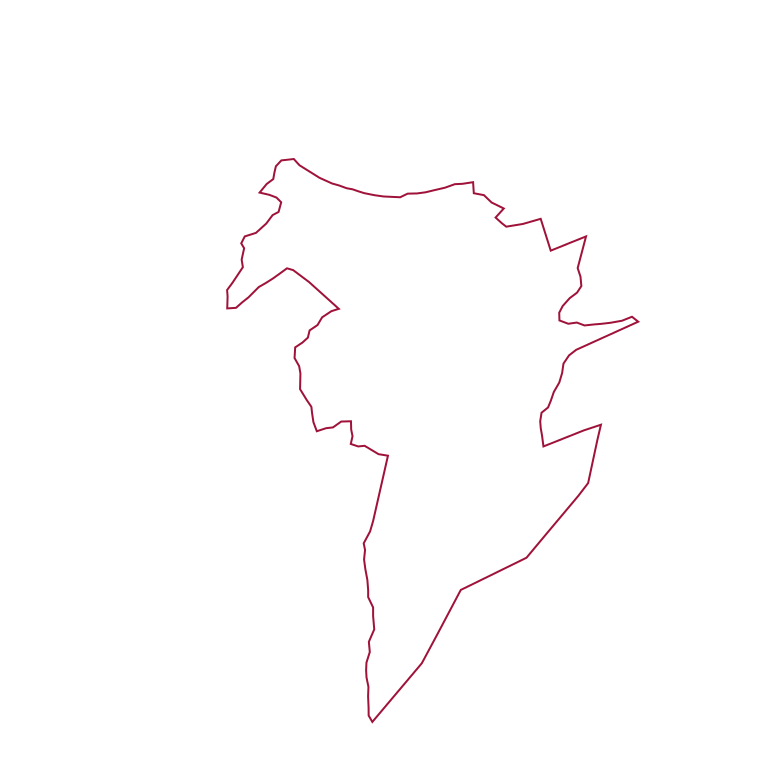 the district of Ribeirão, Pernambuco, Brazil, rotated 45°
{"feature_id": "56859067B42431368650205", "entity_name": "Ribeirão", "entity_type": "district", "adm_level": 2, "iso_a3": "BRA", "parent_name": "Brazil", "parent_adm1": "Pernambuco", "projection": "natural_earth1", "projection_center": [-35.39, -8.52], "detail": "fine", "context": "isolated", "style": "outline", "palette": "rose", "viewbox_px": 768, "rotation_deg": 45, "n_neighbors": 0, "source": "geoboundaries", "source_scale": "gbopen_adm2", "svg_char_len": 2073}
<svg xmlns="http://www.w3.org/2000/svg" viewBox="0 0 768 768"><g transform="rotate(45 384 384)"><path d="M219.7,441.4L225.5,434.8L226.0,426.3L226.9,418.7L226.9,404.0L229.0,396.2L230.9,387.7L232.3,379.2L233.6,370.8L239.2,367.7L258.9,364.9L298.9,362.8L295.3,369.7L293.1,380.6L295.3,389.3L293.5,398.7L297.4,405.1L297.0,412.5L295.3,420.9L302.4,428.9L311.4,431.4L317.5,435.7L328.3,447.0L340.4,449.9L348.8,451.5L353.8,455.5L361.1,460.9L369.9,464.9L374.3,456.2L378.6,450.8L380.3,440.8L387.0,433.7L393.0,439.4L398.7,443.2L402.9,449.9L409.9,446.4L414.0,441.4L429.7,437.5L437.5,431.9L473.2,488.6L478.4,498.1L482.3,511.0L488.0,514.8L494.0,522.2L501.6,528.0L510.9,534.4L518.6,541.0L523.5,545.9L534.3,549.7L540.3,555.7L550.6,564.4L555.6,577.0L563.5,583.6L568.6,593.4L573.7,599.0L579.2,603.9L587.2,609.2L593.6,616.1L601.9,623.7L607.6,629.3L614.7,631.2L608.2,554.7L598.6,522.9L583.9,475.3L587.5,464.9L607.6,406.1L604.7,373.9L600.5,325.7L598.4,309.7L574.0,272.0L566.2,259.4L558.1,275.5L540.9,315.4L532.2,308.7L526.2,304.5L520.8,299.9L515.7,292.9L516.6,284.6L513.8,277.9L509.7,269.5L506.9,259.0L502.2,250.3L496.5,242.7L494.6,232.9L495.7,224.0L519.7,160.2L511.8,161.1L507.6,170.9L500.9,180.5L495.2,187.7L490.7,193.0L484.4,200.8L476.9,204.2L471.7,211.1L463.1,215.0L457.5,209.7L455.2,202.5L454.6,192.0L455.9,182.9L454.3,175.2L447.1,169.2L439.0,165.1L422.5,136.8L416.2,151.5L407.6,171.8L378.0,156.4L369.0,172.7L359.2,186.3L353.6,187.0L345.2,187.4L344.6,175.2L331.7,179.6L321.1,179.8L312.6,185.6L304.3,178.3L297.9,187.0L292.8,192.6L288.3,202.1L282.2,211.9L277.8,219.1L272.6,225.9L266.1,232.7L263.4,240.5L258.8,244.7L251.1,251.7L243.8,257.2L235.1,263.0L229.4,266.0L224.2,268.5L219.1,272.0L211.6,275.5L205.6,278.9L198.7,281.5L192.6,283.8L176.1,287.6L169.5,289.1L161.1,288.7L153.3,298.5L153.6,306.5L156.9,311.8L160.8,317.4L159.6,325.5L160.7,336.6L169.2,331.3L176.1,328.2L182.8,328.2L187.8,336.9L185.8,343.3L187.3,353.8L186.6,367.7L181.2,378.1L183.6,385.5L189.1,386.9L195.4,396.7L201.6,401.2L205.3,419.7L206.6,428.5L211.4,432.6L219.7,441.4Z" fill="none" stroke="#9f1239" stroke-width="2"/></g></svg>